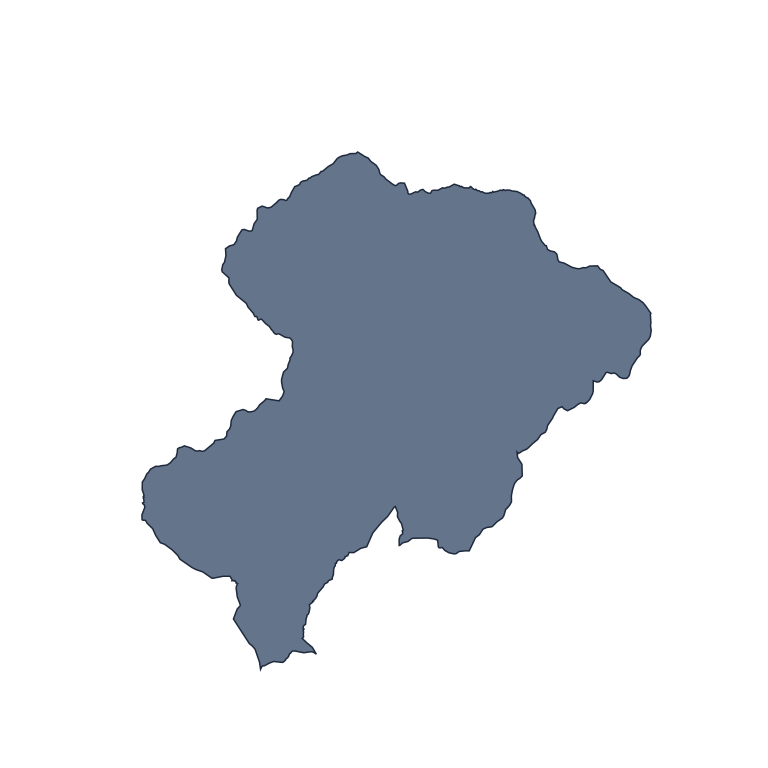 outline of Ghimes-Faget, Bacau, Romania, rotated 249°
{"feature_id": "2599482B75132506391920", "entity_name": "Ghimes-Faget", "entity_type": "district", "adm_level": 2, "iso_a3": "ROU", "parent_name": "Romania", "parent_adm1": "Bacau", "projection": "robinson", "projection_center": [26.074, 46.623], "detail": "fine", "context": "isolated", "style": "filled", "palette": "slate", "viewbox_px": 768, "rotation_deg": 249, "n_neighbors": 0, "source": "geoboundaries", "source_scale": "gbopen_adm2", "svg_char_len": 6171}
<svg xmlns="http://www.w3.org/2000/svg" viewBox="0 0 768 768"><g transform="rotate(249 384 384)"><path d="M593.3,329.0L591.7,327.8L583.2,324.7L580.2,320.2L574.6,316.0L574.4,315.3L575.0,312.9L578.4,308.9L578.9,306.7L573.7,299.8L570.3,297.4L568.1,294.2L567.9,292.7L568.3,289.2L567.1,284.5L560.4,282.4L554.7,278.6L553.3,276.3L548.7,273.4L546.7,273.2L538.5,277.3L535.2,275.8L533.1,275.3L519.7,278.0L508.5,284.4L504.5,284.6L496.9,287.3L493.3,287.6L492.6,289.2L491.9,289.5L489.1,289.3L488.5,289.8L488.7,292.3L488.2,293.0L482.8,295.1L478.8,297.6L474.9,298.4L473.1,299.4L471.9,299.3L470.0,300.2L469.0,301.2L468.8,303.1L468.3,304.1L463.1,308.4L460.7,312.6L458.6,313.5L456.4,313.8L451.6,311.7L448.6,311.4L446.0,310.3L443.0,307.2L442.0,305.5L440.4,305.1L436.6,301.6L433.3,299.5L431.1,294.4L425.0,290.0L422.3,289.0L416.2,287.9L412.9,288.1L411.0,286.7L408.9,284.7L405.9,280.0L412.5,268.5L411.3,266.7L409.2,260.5L407.1,257.7L405.9,255.1L405.3,252.9L405.8,249.3L407.0,246.7L408.5,245.9L410.7,243.3L411.2,236.0L408.2,232.0L404.8,228.4L399.5,225.7L397.4,223.7L395.7,220.3L391.8,218.4L390.0,214.9L391.9,206.0L389.9,204.0L386.0,192.8L386.2,190.2L387.9,188.0L388.2,186.0L389.2,184.0L393.4,180.9L397.8,175.5L397.5,172.3L397.9,170.0L397.4,168.0L393.8,166.2L390.2,163.6L389.5,160.8L387.0,156.3L386.1,152.4L387.5,146.9L387.8,144.2L389.0,141.3L388.2,135.5L386.0,132.6L385.1,130.4L381.4,126.6L379.0,123.2L372.0,120.4L366.2,120.1L365.1,118.9L364.3,119.4L364.2,118.6L363.8,118.4L361.7,118.3L359.5,117.4L359.5,115.9L358.5,116.0L356.9,116.9L354.7,116.6L348.6,111.1L344.0,109.5L343.4,109.9L342.1,112.5L338.7,113.0L331.8,116.2L324.4,116.6L316.0,118.3L312.9,121.8L305.1,126.8L297.9,130.0L293.6,130.7L281.3,139.1L278.4,141.7L273.4,147.6L264.4,153.7L263.9,155.0L262.1,165.1L259.7,171.3L255.8,172.0L254.8,171.5L254.3,173.6L253.7,173.6L253.4,174.5L252.0,174.9L251.4,174.5L250.1,175.8L248.6,174.1L246.4,172.8L237.7,170.7L229.8,170.7L228.5,170.3L226.6,166.4L218.6,159.2L189.7,165.3L187.0,167.0L182.6,168.6L168.9,168.1L161.9,166.5L164.0,168.7L164.2,170.0L163.8,171.4L164.5,176.8L164.5,181.5L160.5,189.4L160.5,190.5L161.2,192.5L162.6,194.3L162.9,195.6L163.7,197.1L165.9,199.1L166.2,200.4L167.4,202.3L167.4,203.2L166.6,205.2L161.8,212.9L160.2,220.0L158.9,222.0L156.0,224.0L163.9,222.7L170.2,219.1L175.6,216.6L175.6,217.0L176.3,217.2L176.7,218.3L179.8,219.2L181.2,220.1L183.2,220.3L183.8,221.5L185.0,220.9L186.2,221.6L187.2,222.4L187.7,224.6L193.4,227.5L194.1,228.4L195.6,229.2L196.4,231.0L198.0,232.4L201.6,234.6L204.7,235.2L205.8,239.1L206.8,239.6L206.5,240.5L207.3,241.0L208.1,242.9L209.9,245.3L212.4,247.1L216.4,254.5L218.6,256.8L219.0,260.4L219.9,261.1L220.3,262.0L220.4,265.8L221.7,266.3L224.1,268.4L229.2,270.7L231.1,272.2L231.7,273.3L233.9,274.4L233.8,275.4L235.2,276.4L236.2,278.8L234.3,281.3L235.1,284.1L235.7,285.2L236.7,285.8L236.7,288.6L239.2,291.1L237.4,295.3L238.9,303.6L238.2,309.5L249.0,320.2L255.8,332.3L258.9,339.7L265.2,349.1L265.6,350.6L259.2,350.7L255.4,349.0L250.5,349.5L247.6,350.3L240.9,349.6L240.4,349.3L240.5,348.5L237.5,347.8L236.4,344.7L233.7,342.5L227.8,340.3L227.7,341.0L229.0,344.4L228.4,350.0L229.7,354.1L229.6,355.9L224.5,369.7L221.2,375.5L218.9,378.1L212.7,376.4L211.7,376.5L210.9,377.6L210.5,379.8L206.9,381.1L203.3,384.0L200.4,388.3L199.9,389.7L199.8,390.8L200.7,394.1L199.3,399.5L197.7,403.8L207.8,414.4L209.1,419.0L213.1,424.5L213.2,428.8L212.2,432.7L212.2,434.1L214.9,440.2L216.4,446.5L218.1,448.7L223.3,452.7L224.1,454.8L226.0,458.1L228.3,460.8L234.1,462.9L239.4,466.2L243.3,469.3L244.9,471.0L246.7,474.2L247.2,476.9L248.6,480.1L259.6,484.0L267.5,482.4L272.7,483.8L271.0,484.4L271.3,486.9L271.9,489.1L272.0,493.4L272.4,495.1L275.2,501.7L277.1,507.5L280.5,512.3L281.2,517.4L283.5,519.9L286.4,521.6L291.9,529.4L293.2,530.5L298.8,537.5L299.0,542.0L296.0,543.3L293.3,545.8L294.0,553.3L295.4,557.5L295.9,560.9L293.8,564.0L293.6,565.4L294.4,566.0L294.1,566.9L295.8,570.5L300.2,575.3L302.7,576.9L312.0,580.5L309.5,583.5L309.0,585.7L310.1,588.8L314.7,594.9L315.1,595.8L314.7,597.0L312.4,599.7L311.8,602.8L311.2,603.5L310.0,604.5L306.0,606.3L303.4,609.3L302.3,612.7L303.3,615.0L304.5,616.4L308.3,618.9L312.1,622.2L317.6,630.0L318.9,632.9L319.9,634.0L323.4,635.2L325.5,637.0L326.8,638.5L330.8,647.2L333.1,649.7L338.3,652.7L342.9,653.7L345.5,655.1L353.4,657.6L354.3,658.5L363.8,656.1L367.2,654.9L371.3,652.3L375.4,648.1L380.6,645.1L386.7,640.1L388.9,639.5L398.1,632.3L411.5,629.2L413.6,627.0L417.8,625.7L420.4,618.2L420.1,614.1L421.3,611.6L421.5,607.9L422.8,605.2L425.6,601.3L432.2,595.6L435.3,591.3L437.4,590.9L443.3,591.9L446.3,590.5L448.7,586.9L451.0,584.9L455.0,585.1L455.7,584.0L460.5,582.4L463.4,582.0L470.9,582.1L478.4,581.2L478.3,581.5L479.5,581.3L483.0,582.2L484.6,583.7L488.2,585.9L488.7,586.7L492.3,587.5L500.2,586.2L502.5,586.4L505.8,585.2L507.4,583.6L509.0,582.7L510.3,582.5L510.7,581.5L512.6,580.4L516.3,576.9L516.5,575.7L517.3,575.1L517.9,573.3L520.0,570.7L521.2,567.9L521.2,566.5L522.6,565.3L522.7,564.7L522.2,563.8L523.4,562.1L523.2,559.9L523.8,555.1L524.8,554.6L523.9,552.9L524.8,551.7L524.6,550.1L525.5,547.6L526.6,545.9L528.2,544.7L528.8,543.0L530.4,542.0L531.2,540.3L532.9,539.6L533.0,538.4L533.6,537.5L537.3,535.7L537.1,534.6L536.7,534.2L536.7,533.2L538.5,528.9L540.8,527.1L540.8,525.8L541.8,525.6L545.4,521.1L544.6,515.6L545.2,513.0L544.9,512.1L545.1,510.9L546.2,508.8L545.5,503.7L546.9,500.6L547.3,498.7L547.3,498.0L545.5,496.0L545.6,495.3L546.3,493.7L548.9,491.4L551.7,490.1L552.0,487.5L551.0,484.5L552.1,482.2L551.7,477.0L552.3,475.4L553.6,474.7L555.3,475.3L564.1,475.1L565.9,471.4L566.0,469.2L565.0,467.1L565.2,465.5L567.4,463.7L574.6,459.2L577.6,458.2L580.8,455.8L582.1,455.6L586.1,456.1L591.0,455.1L596.5,451.5L600.7,450.2L603.0,447.8L610.0,442.6L609.3,440.2L611.2,435.0L611.1,431.3L612.0,426.9L611.8,423.3L611.2,421.0L607.9,415.5L607.0,409.9L604.8,403.5L604.6,402.0L605.0,401.5L603.0,398.0L603.5,396.1L603.5,390.7L602.7,388.8L603.1,388.0L603.0,387.2L602.1,386.0L601.9,384.6L602.6,380.9L602.1,378.2L600.8,377.1L600.3,375.3L600.2,371.3L595.8,366.0L592.7,363.1L591.8,360.9L590.3,358.9L590.8,357.6L591.9,356.7L593.4,353.7L593.3,351.7L591.7,348.2L589.5,341.9L590.0,338.5L593.8,333.9L593.3,329.0Z" fill="#64748b" stroke="#1e293b" stroke-width="1.5"/></g></svg>